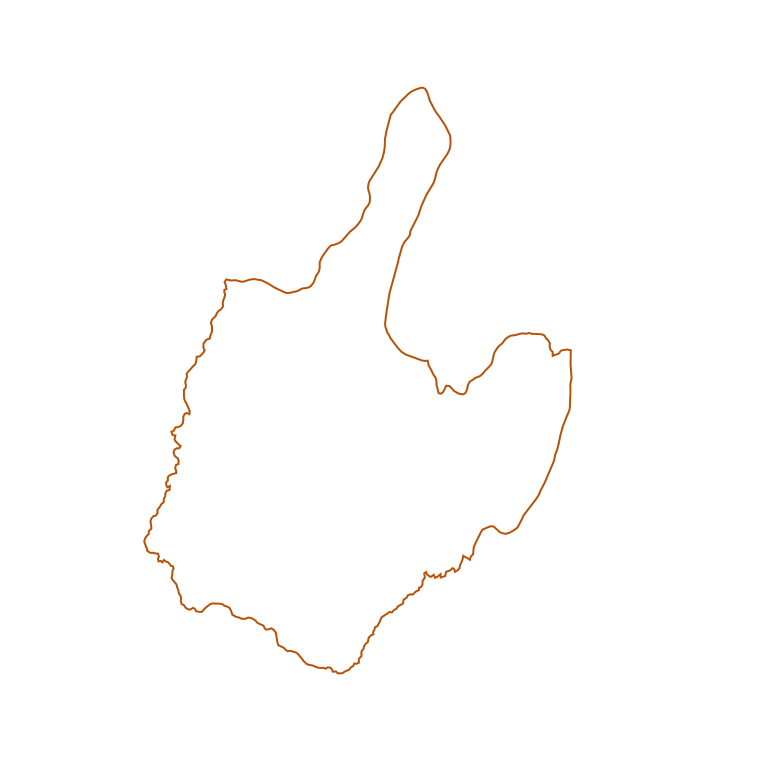 Frutal, Minas Gerais, Brazil, rotated 203°
{"feature_id": "56859067B40089466397834", "entity_name": "Frutal", "entity_type": "district", "adm_level": 2, "iso_a3": "BRA", "parent_name": "Brazil", "parent_adm1": "Minas Gerais", "projection": "equal_earth", "projection_center": [-48.989, -20.109], "detail": "fine", "context": "isolated", "style": "outline", "palette": "amber", "viewbox_px": 768, "rotation_deg": 203, "n_neighbors": 0, "source": "geoboundaries", "source_scale": "gbopen_adm2", "svg_char_len": 6152}
<svg xmlns="http://www.w3.org/2000/svg" viewBox="0 0 768 768"><g transform="rotate(203 384 384)"><path d="M503.6,122.2L501.8,121.0L499.3,119.7L496.8,118.5L494.8,115.9L492.4,113.4L491.1,111.2L488.9,109.9L487.3,108.0L486.5,105.4L484.4,102.4L481.3,102.1L479.2,100.5L476.8,100.1L474.3,100.5L472.3,103.3L470.3,103.2L468.3,101.5L465.3,102.0L462.7,103.0L461.0,108.0L458.0,113.4L456.2,115.0L453.5,115.9L450.7,117.1L448.7,117.8L446.5,118.2L444.3,117.5L441.3,117.8L438.6,117.5L435.7,115.0L433.4,112.3L428.7,111.9L426.3,112.4L423.3,112.3L420.3,113.4L417.6,116.0L414.6,116.7L412.0,116.4L409.8,116.0L407.6,114.8L405.2,114.5L400.6,114.5L398.8,112.9L396.7,111.8L394.1,113.3L392.2,115.1L389.2,114.6L386.3,112.7L383.3,108.0L381.6,105.1L379.4,102.4L376.4,102.1L373.8,102.2L371.2,101.1L368.4,100.3L366.1,101.7L361.9,102.3L359.6,102.4L356.8,101.5L354.5,100.1L351.7,98.9L349.9,97.5L348.0,97.0L346.3,96.1L343.2,96.2L339.6,97.0L336.6,97.0L334.0,97.1L332.1,97.6L330.2,98.4L328.4,99.2L326.6,99.0L325.1,101.2L322.5,101.9L320.7,101.2L318.7,99.2L316.0,100.6L313.4,99.6L309.1,101.6L307.8,103.9L304.5,107.3L303.7,110.4L302.2,112.3L302.1,115.1L299.9,115.8L298.2,117.7L299.8,121.0L298.4,124.9L299.5,126.9L300.2,129.3L299.4,132.2L299.9,134.6L299.5,137.3L298.1,140.3L299.0,144.6L297.8,147.5L295.9,149.4L297.1,151.3L296.8,154.0L297.2,156.6L295.5,158.4L295.2,161.5L295.0,164.3L295.2,168.0L293.0,171.4L291.2,174.1L289.9,176.3L287.4,176.9L286.5,179.9L284.8,181.8L284.4,184.5L282.8,186.7L280.8,189.2L281.7,193.2L279.7,196.1L279.5,198.8L277.4,200.9L275.3,201.3L274.3,203.9L273.1,206.2L271.4,207.6L272.1,210.2L270.4,211.9L270.2,214.4L271.6,218.0L270.7,221.7L273.0,225.4L271.8,227.4L269.7,225.4L267.5,224.8L265.5,224.7L263.7,227.8L261.2,225.5L259.3,227.8L257.7,231.0L256.2,228.1L254.6,229.4L252.6,231.2L253.5,235.3L250.3,238.3L248.8,241.4L246.6,240.7L245.4,238.8L243.8,240.7L242.5,243.7L243.2,246.6L243.1,250.0L243.2,253.9L244.0,256.7L241.6,256.5L239.1,256.3L236.2,255.8L236.7,258.8L235.5,262.2L237.4,268.1L237.7,271.0L236.9,285.5L236.4,288.5L232.1,293.0L229.9,294.9L227.0,295.7L225.3,294.9L219.2,292.8L215.4,293.1L213.2,293.8L210.6,295.9L208.0,299.1L205.0,304.0L204.2,313.9L204.2,317.6L199.3,336.4L198.2,341.9L198.2,347.2L197.5,356.9L197.5,363.3L197.5,366.5L197.5,373.7L197.5,379.6L198.8,385.9L198.9,390.8L200.0,397.8L201.5,405.2L202.1,409.3L202.8,414.6L203.1,424.3L203.1,431.8L203.5,434.3L209.2,449.4L212.4,456.6L213.0,459.7L213.7,462.8L219.8,474.7L225.3,488.1L229.0,487.2L232.6,485.1L234.2,483.6L235.2,480.0L237.9,477.7L239.7,475.8L241.2,479.3L244.0,480.6L246.0,482.8L247.2,486.2L250.1,488.5L252.7,489.3L254.4,490.8L256.3,491.5L258.6,491.2L264.2,489.3L267.2,488.0L270.4,487.7L272.5,486.0L276.2,484.7L277.9,483.7L281.9,480.6L286.3,477.9L288.2,475.6L289.6,473.3L290.3,470.8L291.0,467.7L292.3,465.2L293.3,463.1L294.0,460.4L294.6,456.0L294.2,452.9L293.8,450.3L293.1,447.1L292.9,444.3L293.9,441.3L295.4,437.5L296.3,434.9L297.3,431.6L298.9,428.6L302.1,425.6L304.0,422.4L306.0,419.6L306.4,415.9L305.6,412.5L305.4,410.0L305.6,407.3L307.0,405.5L309.3,404.7L311.6,404.4L313.6,404.5L317.1,405.1L320.2,406.6L323.1,407.7L326.1,406.7L326.2,403.5L326.4,399.9L327.8,397.3L330.1,396.9L331.5,398.6L333.3,401.2L335.5,404.0L337.0,407.4L339.2,410.1L341.1,411.2L342.9,412.5L346.2,415.5L348.4,417.2L350.3,418.8L352.9,422.5L355.6,421.1L358.2,420.5L375.5,419.6L380.6,420.5L385.6,422.7L396.1,428.8L398.3,430.9L400.9,432.5L405.3,437.5L406.6,440.1L408.8,447.4L414.4,469.5L418.1,497.2L418.8,502.2L419.5,505.6L421.0,517.6L420.6,523.1L419.4,526.4L418.8,528.8L418.4,531.4L419.5,535.1L418.3,552.3L419.1,562.1L418.9,574.3L416.9,588.5L417.2,592.8L418.4,599.5L418.5,603.8L418.1,608.1L415.6,620.2L415.3,624.3L415.5,627.0L416.4,630.4L417.8,634.0L420.2,638.5L428.2,645.5L437.0,651.4L442.3,654.5L446.0,657.3L452.3,662.5L458.1,669.3L461.4,671.8L464.0,671.9L465.9,671.0L469.5,667.8L472.5,664.6L474.5,661.5L479.1,650.7L481.4,640.9L481.9,637.9L483.0,634.7L480.6,617.9L478.8,609.9L476.1,602.9L474.7,597.9L473.7,591.2L473.9,582.0L476.6,565.3L476.5,562.3L475.5,558.7L474.2,556.4L471.5,553.3L469.8,550.2L468.2,545.9L468.4,542.2L469.3,539.1L469.9,536.6L469.7,532.5L469.1,527.9L469.5,524.4L470.5,520.4L471.5,517.3L474.9,510.7L478.7,499.1L480.5,496.2L484.1,492.8L487.1,490.8L488.7,486.0L490.2,479.3L490.8,474.9L490.7,470.8L488.4,465.3L487.9,462.2L488.2,459.5L488.8,456.6L488.4,451.9L488.6,449.2L489.6,445.6L491.2,443.4L492.9,442.1L496.9,439.7L500.1,435.6L504.4,432.5L506.4,431.0L508.7,429.9L511.0,429.5L522.3,430.0L530.2,431.2L537.4,431.6L544.6,429.8L548.3,427.7L553.3,423.3L555.1,422.5L561.3,421.5L564.9,419.6L570.1,418.6L570.5,415.4L568.7,413.8L567.5,411.9L566.1,409.9L567.7,408.4L566.9,406.1L565.3,404.6L564.7,401.6L564.6,397.5L563.9,395.1L562.5,392.7L563.0,389.6L565.1,386.0L565.5,383.5L565.6,380.3L567.4,376.5L567.3,372.6L564.8,369.7L562.8,365.0L562.8,361.0L562.1,357.9L564.8,355.3L565.9,350.7L564.5,346.9L562.2,344.8L562.6,341.9L564.3,337.6L567.0,335.8L565.9,332.1L565.4,328.5L567.0,325.1L568.0,321.5L569.0,319.1L569.6,316.3L568.0,313.3L568.0,310.7L567.8,308.3L566.0,305.7L565.1,303.2L565.8,300.3L564.0,296.0L562.2,292.4L559.9,290.1L558.0,288.6L556.2,286.9L554.2,285.1L552.2,283.0L551.3,280.2L554.0,280.3L555.8,278.6L555.9,275.2L554.7,272.5L553.9,269.5L554.6,266.1L556.8,263.8L559.1,262.5L559.1,259.3L561.0,256.9L558.6,254.4L555.9,255.1L555.2,251.2L553.5,249.8L551.0,248.8L548.9,247.9L547.0,247.5L547.4,244.9L549.7,243.8L551.2,241.7L550.8,238.4L548.7,236.1L546.6,235.4L544.7,235.0L543.2,233.3L541.9,230.0L543.8,228.3L543.5,225.3L541.4,222.8L540.5,220.7L543.3,218.7L545.8,216.0L546.6,213.5L545.2,210.7L546.1,208.5L544.9,205.7L543.0,204.3L541.3,206.4L540.0,202.7L542.2,200.9L542.6,198.1L541.6,195.6L541.8,192.3L540.6,189.2L542.0,186.5L542.5,182.8L543.4,179.9L542.0,176.6L542.6,173.7L544.5,172.4L545.6,169.2L545.2,166.0L543.6,163.8L541.6,160.0L543.0,156.7L542.0,154.0L543.3,150.7L543.6,147.5L542.9,144.9L541.2,143.2L539.5,141.2L537.8,140.0L536.8,138.0L533.3,137.2L530.7,138.4L528.6,138.6L525.8,139.5L523.7,137.2L523.8,134.6L522.2,132.6L520.4,133.9L518.2,133.2L517.8,136.1L515.8,135.4L513.1,135.5L510.9,134.6L509.3,133.3L507.4,133.8L505.7,132.2L505.6,128.9L504.4,125.8L503.6,122.2Z" fill="none" stroke="#b45309" stroke-width="2"/></g></svg>